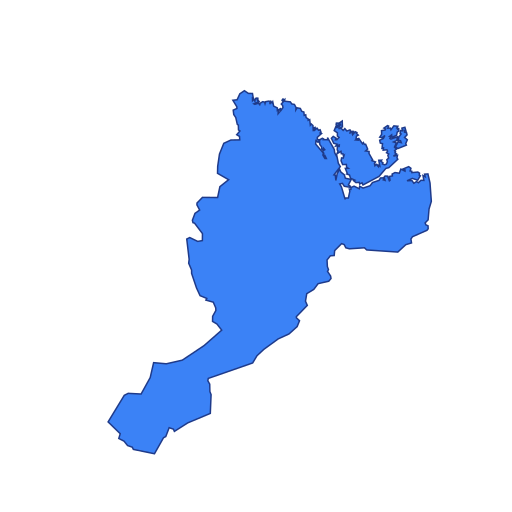 Eigersund nor, Rogaland, Norway, rotated 164°
{"feature_id": "86288312B23516572714138", "entity_name": "Eigersund nor", "entity_type": "district", "adm_level": 2, "iso_a3": "NOR", "parent_name": "Norway", "parent_adm1": "Rogaland", "projection": "orthographic", "projection_center": [6.003, 58.503], "detail": "fine", "context": "isolated", "style": "filled", "palette": "blue", "viewbox_px": 512, "rotation_deg": 164, "n_neighbors": 0, "source": "geoboundaries", "source_scale": "gbopen_adm2", "svg_char_len": 6070}
<svg xmlns="http://www.w3.org/2000/svg" viewBox="0 0 512 512"><g transform="rotate(164 256 256)"><path d="M68.6,278.2L68.1,287.5L71.4,288.2L71.5,285.5L73.3,287.3L73.8,282.4L76.5,283.3L79.7,281.7L81.2,283.3L84.2,282.4L85.3,285.5L90.1,286.7L84.3,287.5L79.7,284.3L75.9,287.8L76.8,288.7L76.0,290.6L77.3,292.1L83.2,293.2L82.9,294.5L84.4,295.3L82.9,297.6L84.6,299.8L90.9,299.1L89.0,297.7L89.4,296.5L92.8,299.6L95.4,296.1L99.4,297.9L102.6,297.2L102.8,295.4L105.8,295.7L106.3,291.8L107.1,291.5L107.5,296.5L109.9,297.3L111.1,296.5L111.1,293.1L112.6,294.1L111.7,294.6L112.3,296.1L114.9,296.7L116.8,294.8L123.8,294.5L126.9,292.1L134.4,291.8L137.1,294.5L138.2,292.2L142.5,296.1L145.7,295.7L146.4,293.9L147.8,294.6L148.0,292.3L151.2,286.3L154.2,287.1L154.7,285.8L154.8,298.7L155.7,302.2L152.9,302.0L151.9,298.7L146.8,296.2L146.1,297.1L147.6,298.9L143.4,303.3L148.7,306.2L148.7,309.7L151.3,313.4L151.7,316.4L155.3,312.7L158.4,306.6L157.5,311.9L158.7,312.5L150.3,318.7L151.3,322.4L150.6,330.8L151.2,330.2L151.9,333.7L151.4,336.8L154.6,350.1L155.1,348.0L159.3,349.3L158.8,350.0L159.8,350.9L161.9,350.4L163.2,349.4L163.9,345.5L162.9,342.9L163.3,340.7L162.1,339.7L161.4,341.0L160.6,339.2L163.3,338.6L162.5,336.1L163.5,334.2L162.1,333.8L161.5,330.3L162.9,330.7L163.9,334.6L162.9,336.3L167.8,347.2L166.6,350.3L165.0,348.2L162.7,350.3L165.1,351.0L164.3,353.2L159.8,355.4L160.9,355.9L159.6,356.0L160.4,356.7L159.4,357.2L159.6,359.7L161.2,359.6L162.1,362.1L164.4,361.0L163.7,363.3L165.1,363.3L165.6,360.7L166.4,360.8L165.3,365.7L166.5,367.7L167.7,366.8L166.8,372.3L168.4,372.1L168.0,373.2L169.7,375.3L169.3,378.0L170.9,377.9L170.3,381.2L172.2,382.5L172.7,385.6L175.6,387.1L177.4,385.5L176.6,387.8L177.3,391.1L179.7,392.3L180.5,394.7L186.0,397.0L185.4,398.2L186.7,397.5L186.2,399.1L186.9,399.5L188.1,398.5L187.3,396.7L189.8,395.1L188.9,393.3L189.2,391.2L191.4,389.4L191.7,390.9L193.9,390.5L192.3,388.8L195.5,386.7L194.3,390.3L195.4,390.0L194.7,392.5L197.7,395.2L197.4,399.7L198.4,398.8L199.0,400.4L200.7,398.1L200.1,400.9L201.2,401.4L204.2,401.7L205.3,400.0L205.3,401.6L207.1,402.5L210.4,401.5L210.7,399.7L211.3,402.2L215.3,402.1L216.1,402.9L210.4,403.5L211.2,405.6L210.5,407.8L211.6,405.6L211.8,407.6L213.2,407.6L214.4,405.1L215.1,407.2L216.5,406.3L215.8,409.0L215.1,408.5L214.6,413.2L218.5,414.4L221.6,418.1L226.8,416.4L231.1,411.4L235.3,412.1L233.3,404.8L233.7,403.1L237.7,402.5L238.4,398.1L237.3,394.7L237.7,387.7L236.9,386.7L238.1,382.0L237.0,380.6L241.1,377.9L238.9,375.5L239.6,372.1L248.2,374.4L255.9,373.2L263.0,364.1L268.1,352.8L270.2,346.1L261.3,336.9L271.6,332.6L276.8,322.8L291.3,327.1L298.1,323.2L298.7,321.4L297.5,315.7L302.9,313.8L307.3,307.9L307.4,305.4L306.0,304.5L301.3,292.3L303.3,285.6L308.0,286.1L314.6,292.0L317.9,291.4L321.2,271.2L322.7,267.6L321.8,260.3L322.7,257.0L322.0,241.7L320.7,233.3L315.0,228.8L316.3,227.4L309.8,223.4L309.0,217.2L309.6,214.7L314.3,210.0L315.8,205.1L312.3,201.4L309.4,194.2L330.6,184.2L355.6,176.2L371.9,177.1L383.8,181.7L391.2,168.3L404.5,155.0L416.7,159.2L421.0,158.4L443.9,137.3L435.5,122.6L438.2,118.4L433.9,114.4L431.7,109.2L427.6,106.3L427.2,103.9L408.1,93.9L395.0,106.8L392.5,107.3L386.8,114.9L383.1,112.3L382.8,109.9L367.6,114.4L343.3,117.3L337.4,135.1L337.7,138.4L335.8,145.6L336.7,149.4L335.6,151.5L288.7,154.1L282.5,159.9L274.2,164.1L257.5,170.2L245.7,172.0L235.9,176.8L232.0,181.8L234.2,185.4L233.9,186.6L220.3,194.4L220.9,198.9L217.6,205.8L209.6,208.0L203.9,212.3L193.0,211.7L190.1,213.7L189.8,216.2L191.5,221.5L190.1,222.9L190.3,226.2L188.8,232.6L184.5,235.7L180.7,234.9L178.9,239.5L170.3,244.3L168.1,242.7L167.4,239.1L164.3,237.2L149.5,234.0L147.9,231.3L118.6,220.7L108.9,225.6L102.9,225.7L102.4,229.6L100.3,231.4L84.5,233.6L83.0,234.7L82.3,237.6L84.1,239.1L84.3,241.2L80.6,243.3L76.7,253.5L72.4,260.2L68.6,278.2ZM133.6,294.8L115.8,298.6L107.0,304.4L104.0,304.3L93.0,309.9L93.4,311.6L92.2,313.8L96.4,314.1L92.8,315.4L94.0,316.9L93.1,317.7L93.5,318.9L94.3,318.9L91.6,320.0L92.9,322.5L89.9,326.0L92.3,327.7L88.8,328.2L87.2,331.6L94.1,331.2L94.9,332.1L93.4,333.5L94.6,334.1L92.2,335.1L92.6,332.6L87.6,333.3L86.1,336.2L84.3,336.7L83.9,338.4L84.7,338.6L83.9,339.3L85.4,340.2L83.9,341.6L87.6,343.1L91.5,340.1L91.6,341.9L94.1,342.5L92.7,344.3L93.6,345.1L97.8,343.7L96.5,342.4L97.2,341.5L100.8,341.9L101.7,338.3L104.3,336.1L102.2,335.0L98.9,336.3L101.2,333.8L105.2,333.2L105.4,330.3L103.4,329.1L104.7,326.0L104.1,325.2L105.9,324.6L103.7,324.6L104.6,322.7L100.9,322.0L100.6,320.5L102.1,319.3L100.3,317.5L101.5,316.4L101.5,313.6L103.7,312.5L103.7,310.5L105.3,308.4L107.2,308.2L109.1,309.6L108.3,310.7L109.9,312.6L108.8,313.5L111.6,314.2L112.2,308.2L113.5,309.7L113.8,308.3L115.2,311.0L116.8,310.0L116.7,312.2L115.2,313.5L118.3,315.7L117.4,316.3L119.1,323.4L118.5,325.3L121.7,326.8L119.2,328.0L119.8,333.2L121.1,333.4L121.5,335.4L122.7,334.5L124.8,340.7L126.1,340.6L125.0,339.8L125.7,339.1L128.2,340.1L126.4,340.8L127.4,341.4L126.4,343.6L124.4,344.0L125.7,346.3L125.0,346.9L126.5,348.2L129.7,345.9L129.7,348.3L128.3,347.3L128.2,349.0L130.3,349.6L132.3,347.7L130.7,349.9L130.9,351.3L134.2,351.1L135.5,354.0L137.6,352.7L138.9,355.2L141.7,355.7L137.3,356.3L135.9,362.0L139.0,361.0L138.5,358.6L139.9,358.5L140.3,361.1L142.1,361.6L142.7,360.4L140.5,357.5L142.7,357.2L143.7,357.4L141.9,357.6L143.1,359.0L146.3,355.0L143.8,352.0L144.7,348.9L143.5,347.1L146.2,345.5L147.6,345.8L146.5,347.1L148.8,349.7L151.1,348.4L150.2,342.9L147.2,341.1L149.0,339.7L145.3,339.8L145.8,338.4L147.6,338.8L148.7,335.6L148.2,334.3L149.9,332.0L145.5,333.2L145.8,330.8L144.2,330.2L144.4,327.9L143.8,328.2L145.1,326.1L146.7,326.7L148.0,324.1L147.5,320.0L143.9,319.1L144.4,316.5L143.2,314.9L146.0,315.6L145.5,310.1L146.2,309.8L143.8,308.1L143.7,304.7L140.1,301.7L141.4,301.5L139.7,299.0L136.4,298.3L136.5,296.6L133.9,297.1L133.6,294.8ZM89.9,320.2L80.9,321.1L81.1,322.8L78.5,326.0L80.5,329.0L77.4,330.8L77.3,333.2L79.7,334.3L78.6,334.2L78.9,335.8L77.4,335.0L77.4,338.7L80.5,338.7L80.8,336.0L82.4,336.7L83.7,334.1L82.9,333.3L87.2,329.9L86.6,329.3L87.6,328.0L85.3,327.0L85.1,324.9L88.0,326.6L91.9,322.4L89.9,320.2Z" fill="#3b82f6" stroke="#1e3a8a" stroke-width="1.5"/></g></svg>